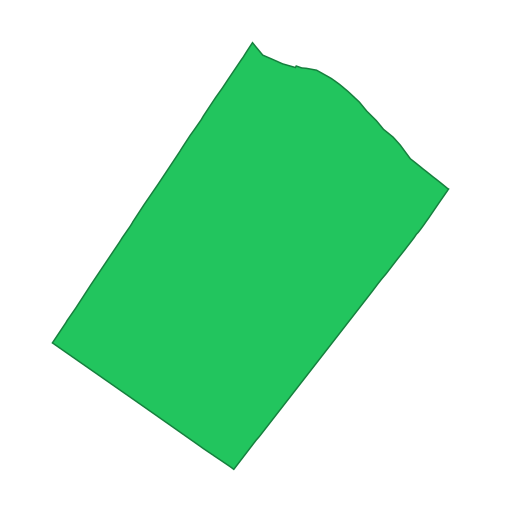 outline of Magdalena Ocotlán, Oaxaca, Mexico, rotated 124°
{"feature_id": "50627088B67117262986487", "entity_name": "Magdalena Ocotlán", "entity_type": "district", "adm_level": 2, "iso_a3": "MEX", "parent_name": "Mexico", "parent_adm1": "Oaxaca", "projection": "albers", "projection_center": [-96.722, 16.709], "detail": "fine", "context": "isolated", "style": "filled", "palette": "green", "viewbox_px": 512, "rotation_deg": 124, "n_neighbors": 0, "source": "geoboundaries", "source_scale": "gbopen_adm2", "svg_char_len": 1289}
<svg xmlns="http://www.w3.org/2000/svg" viewBox="0 0 512 512"><g transform="rotate(124 256 256)"><path d="M205.8,377.8L210.0,377.7L211.1,377.6L251.0,377.3L275.9,377.5L296.7,377.2L297.2,377.1L301.6,376.9L307.4,377.0L308.9,377.0L315.5,377.1L320.7,376.9L327.5,376.9L332.8,376.9L372.4,376.8L400.1,376.3L415.2,376.5L417.6,376.3L441.9,376.2L443.3,286.6L443.8,257.2L444.9,199.0L445.1,191.7L445.1,160.7L445.1,159.6L445.3,155.1L408.6,152.9L404.8,152.4L400.9,152.1L331.4,147.4L220.8,139.9L210.9,139.4L204.2,138.9L198.2,138.2L178.9,137.0L167.5,136.1L163.6,135.9L159.3,135.6L152.6,135.2L148.2,135.2L146.1,134.8L145.1,134.7L143.7,134.6L142.0,134.5L139.8,134.4L137.2,134.3L131.0,134.2L128.8,134.1L124.9,134.1L108.7,134.0L94.3,133.8L93.7,133.9L92.8,133.8L92.9,135.2L92.3,141.1L91.7,148.7L91.4,153.7L91.1,157.0L90.4,166.5L89.7,174.3L89.1,182.4L85.8,191.7L83.4,198.4L80.8,208.8L79.7,221.1L76.5,231.9L74.0,245.1L70.6,256.4L68.1,272.1L67.0,282.9L66.7,292.7L68.1,309.7L72.3,319.3L74.5,323.2L76.0,328.9L77.7,328.7L81.8,341.3L84.0,353.7L85.7,362.7L82.5,373.6L81.1,378.2L89.3,378.1L93.4,378.0L98.6,377.8L100.9,377.9L104.2,377.9L111.3,377.9L124.8,377.9L135.5,377.8L147.1,378.1L159.6,378.0L169.4,377.9L173.7,377.6L186.4,377.8L192.7,378.0L205.8,377.8Z" fill="#22c55e" stroke="#15803d" stroke-width="1.5"/></g></svg>